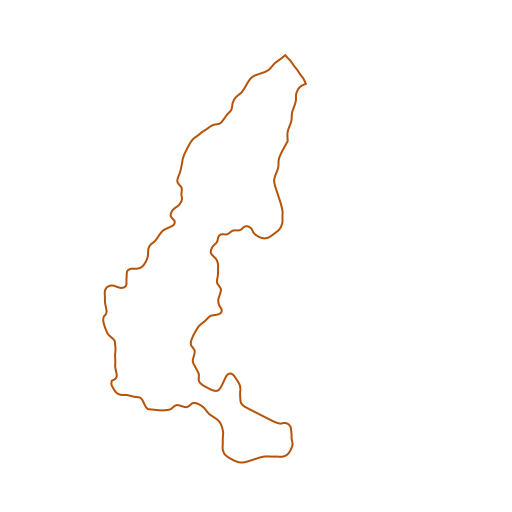 Los Cacaos, San Cristóbal, Dominican Republic (Albers equal-area conic projection), rotated 27°
{"feature_id": "3306468B25553756069478", "entity_name": "Los Cacaos", "entity_type": "district", "adm_level": 2, "iso_a3": "DOM", "parent_name": "Dominican Republic", "parent_adm1": "San Cristóbal", "projection": "albers", "projection_center": [-70.319, 18.609], "detail": "fine", "context": "isolated", "style": "outline", "palette": "amber", "viewbox_px": 512, "rotation_deg": 27, "n_neighbors": 0, "source": "geoboundaries", "source_scale": "gbopen_adm2", "svg_char_len": 5404}
<svg xmlns="http://www.w3.org/2000/svg" viewBox="0 0 512 512"><g transform="rotate(27 256 256)"><path d="M190.9,63.8L188.7,68.8L185.3,75.4L184.7,77.5L183.7,81.9L183.0,84.0L182.5,85.0L180.4,88.0L174.4,94.2L172.8,96.0L171.5,98.0L170.6,100.3L170.0,103.9L169.6,111.3L169.2,115.0L168.7,117.3L166.2,122.9L165.7,125.1L165.5,127.3L165.8,130.6L167.3,135.1L167.7,136.8L167.4,138.6L166.0,143.2L164.7,151.8L164.1,153.6L163.5,154.5L162.9,155.2L159.1,158.0L157.8,159.4L156.6,161.1L154.7,164.9L151.5,170.4L149.8,174.4L147.4,179.0L146.7,181.1L146.4,182.3L146.1,184.7L145.9,188.4L145.9,193.4L146.0,198.3L146.3,200.7L146.7,203.1L147.9,206.6L149.8,213.4L150.3,215.9L150.9,221.8L151.4,224.0L151.9,224.9L152.5,225.8L153.2,226.4L154.0,226.8L158.0,228.5L158.7,229.0L159.3,229.7L160.1,231.3L161.4,234.7L161.8,235.4L163.8,238.1L164.5,239.9L164.7,241.9L164.5,244.1L164.3,245.1L163.6,247.1L161.7,250.6L161.0,252.6L160.8,253.6L160.8,255.7L161.1,257.6L161.5,258.5L162.1,259.3L162.8,259.8L163.5,260.2L166.5,261.2L167.2,261.5L167.8,262.1L168.3,262.9L168.6,263.8L168.6,264.7L168.5,265.6L167.6,267.5L163.5,272.6L162.2,274.5L161.6,275.5L161.2,276.7L160.6,279.1L159.8,285.3L159.4,287.7L158.7,289.8L157.4,292.5L156.8,294.4L156.6,296.5L156.9,298.6L157.6,300.5L159.3,304.1L159.7,305.3L160.2,307.7L160.4,310.2L160.3,312.7L160.0,315.2L159.7,316.4L158.7,318.4L158.1,319.3L156.6,320.7L155.0,321.8L151.4,323.5L149.9,324.6L148.8,326.0L148.4,326.8L148.2,327.7L148.2,328.7L148.8,330.3L151.6,336.5L153.3,339.7L153.5,340.6L153.6,341.5L153.4,342.5L153.0,343.3L152.5,344.1L151.0,345.3L150.1,345.8L148.3,346.3L142.7,347.0L140.8,347.8L140.0,348.3L138.5,349.7L137.4,351.5L137.0,353.3L137.1,355.0L137.6,356.9L140.1,361.3L142.1,365.2L143.3,367.0L147.2,371.9L148.2,373.5L148.6,375.2L148.6,376.0L148.0,379.0L148.0,379.9L148.5,381.6L150.0,384.1L152.2,386.5L154.5,388.8L157.1,391.0L158.8,392.3L160.7,393.3L162.6,393.8L166.2,394.7L167.8,395.3L168.5,395.8L169.5,396.9L172.9,402.4L173.8,404.2L175.4,408.3L178.5,413.8L180.4,417.9L181.5,419.6L185.4,424.4L186.4,426.1L186.6,427.0L186.7,427.9L186.6,428.8L185.8,430.5L184.1,432.6L185.0,435.3L185.5,436.1L186.2,436.8L187.7,437.9L191.9,440.5L193.8,441.2L194.9,441.4L197.1,441.4L198.2,441.2L199.1,440.9L202.7,439.1L204.7,438.3L211.2,436.8L215.6,435.1L217.4,434.9L218.4,435.1L220.3,436.0L224.6,439.3L226.3,440.4L227.3,440.9L229.3,441.5L241.0,436.9L242.9,436.0L247.9,432.8L249.3,431.5L249.8,430.8L251.5,426.7L252.6,425.3L253.3,424.7L255.1,424.0L260.9,423.0L262.6,422.3L263.3,421.7L264.3,420.3L266.0,416.4L266.6,415.7L267.5,415.1L268.4,414.6L270.6,414.1L274.2,414.1L276.6,414.4L279.0,415.0L283.7,417.2L285.8,418.0L288.3,418.4L294.4,419.1L296.9,419.6L299.1,420.5L301.1,421.8L302.9,423.4L304.5,425.1L306.7,427.9L307.7,430.0L309.4,434.0L311.3,437.7L313.0,441.5L314.1,443.4L316.3,445.7L318.1,446.9L320.4,447.6L324.0,448.1L329.0,448.2L331.4,448.0L333.9,447.7L336.2,446.9L337.3,446.4L339.4,445.0L342.2,442.5L351.2,433.5L353.1,431.9L355.1,430.5L357.1,429.4L361.1,427.6L365.7,425.2L368.6,424.0L369.6,423.5L371.3,422.3L372.8,420.8L373.9,419.0L374.7,416.6L375.0,413.0L374.7,409.4L374.1,407.3L373.6,406.3L370.8,402.9L369.0,399.4L365.4,393.7L364.1,392.3L363.2,391.8L361.3,391.2L360.4,391.1L358.5,391.3L356.8,392.0L354.3,394.0L353.5,394.4L351.4,395.0L347.9,395.4L342.9,395.5L318.3,395.5L314.7,395.4L312.4,395.1L310.3,394.3L309.3,393.7L308.0,392.2L304.5,386.3L302.4,381.4L301.2,379.6L299.8,378.1L297.1,376.2L291.1,372.8L289.3,372.2L287.3,372.1L286.4,372.4L285.5,373.0L284.8,373.9L284.4,374.8L284.1,375.8L284.0,377.9L284.3,386.1L284.2,389.5L283.8,391.7L283.4,392.7L282.7,393.6L281.8,394.3L279.8,395.1L276.4,395.5L269.2,395.4L266.8,395.2L264.6,394.7L262.7,393.9L261.9,393.3L261.2,392.4L259.1,387.8L257.9,386.4L249.2,380.3L247.8,379.0L246.8,377.1L245.5,370.8L244.7,368.9L244.2,368.1L243.4,367.4L239.1,365.3L238.3,364.6L237.7,363.7L237.2,362.7L236.6,360.5L236.2,355.6L236.3,351.7L236.5,347.7L236.8,345.2L237.5,342.7L240.1,337.0L241.7,332.0L242.5,330.3L243.8,328.9L246.9,326.8L249.2,324.8L250.3,323.2L250.6,322.3L250.6,321.3L250.4,320.5L249.5,319.1L245.7,316.7L244.1,315.1L243.3,314.1L242.7,313.1L241.9,310.8L240.8,304.0L240.1,302.0L239.5,301.2L238.8,300.6L234.2,298.2L233.0,296.9L232.2,295.2L231.1,291.3L230.2,289.1L226.6,281.7L225.3,279.8L223.6,278.0L222.6,277.3L220.6,276.3L216.0,274.9L214.4,273.8L213.9,273.0L213.2,271.2L213.0,268.1L213.4,266.1L214.5,263.1L214.9,261.1L214.8,260.2L213.9,256.4L213.9,254.6L214.7,253.0L215.3,252.4L216.7,251.6L219.0,250.7L220.4,249.8L221.4,248.4L222.9,245.2L223.9,243.8L225.4,242.8L228.6,241.3L229.9,240.3L230.9,238.9L231.7,236.5L232.5,235.0L233.2,234.3L233.9,233.8L235.7,233.2L236.6,233.2L238.5,233.4L240.1,234.0L242.6,236.0L243.5,236.5L245.5,237.2L247.8,237.5L250.3,237.6L252.7,237.4L255.1,236.7L256.2,236.1L258.2,234.5L259.0,233.5L260.3,231.5L263.5,225.0L264.4,223.0L264.9,220.8L265.0,218.5L264.6,215.1L263.9,213.1L261.5,208.5L259.6,204.5L258.3,202.6L254.4,198.1L241.6,185.4L239.3,182.7L238.0,180.8L237.6,179.7L236.7,176.4L236.1,169.6L235.7,167.4L235.0,165.4L232.8,160.7L232.0,157.4L231.8,153.9L231.7,150.3L232.1,139.3L229.0,133.9L227.8,130.9L227.3,128.7L226.6,121.9L226.2,119.6L225.5,117.6L223.7,113.8L223.0,111.8L222.6,109.6L221.8,102.8L221.3,100.6L220.6,98.5L218.8,94.9L218.1,92.8L217.9,91.7L217.8,88.3L218.2,86.1L218.6,85.1L219.6,83.2L222.2,79.9L219.7,77.9L218.0,76.6L216.1,75.6L213.1,74.2L207.6,71.1L203.6,69.4L198.1,66.4L192.8,64.6L190.9,63.8Z" fill="none" stroke="#b45309" stroke-width="2"/></g></svg>